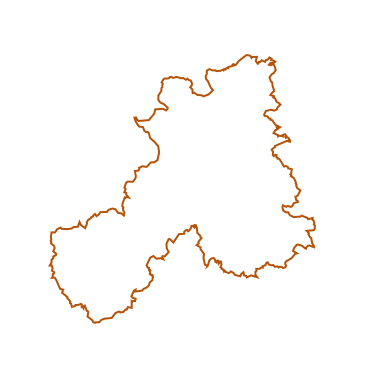 the district of Atenguillo, Jalisco, Mexico, rotated 11°
{"feature_id": "50627088B60937444103657", "entity_name": "Atenguillo", "entity_type": "district", "adm_level": 2, "iso_a3": "MEX", "parent_name": "Mexico", "parent_adm1": "Jalisco", "projection": "albers", "projection_center": [-104.544, 20.339], "detail": "fine", "context": "isolated", "style": "outline", "palette": "amber", "viewbox_px": 384, "rotation_deg": 11, "n_neighbors": 0, "source": "geoboundaries", "source_scale": "gbopen_adm2", "svg_char_len": 6008}
<svg xmlns="http://www.w3.org/2000/svg" viewBox="0 0 384 384"><g transform="rotate(11 192 192)"><path d="M315.4,194.5L311.2,196.6L310.2,195.4L304.1,194.3L303.2,195.4L296.5,197.3L292.4,196.0L290.2,193.5L288.4,194.0L285.2,192.9L283.7,189.9L283.9,187.7L287.2,188.6L288.6,187.4L291.6,187.8L292.9,187.1L294.2,183.4L297.8,181.7L297.4,180.5L295.8,179.9L294.4,176.9L296.4,175.4L298.1,169.7L294.6,168.1L293.1,166.1L293.2,164.7L292.2,164.0L292.2,162.9L289.3,158.8L286.1,157.6L286.4,156.6L285.2,156.0L285.8,154.8L285.6,150.6L281.9,150.4L281.2,149.1L279.2,148.5L277.5,149.5L272.1,143.5L270.5,142.5L269.6,142.9L269.2,142.0L268.2,141.8L267.9,139.5L266.7,139.6L265.4,141.2L264.2,140.2L264.0,137.3L262.1,135.1L264.9,131.9L264.6,131.0L275.6,123.6L278.5,124.1L278.5,122.5L277.3,122.3L276.9,120.8L276.3,120.5L275.1,120.2L273.7,120.9L273.0,120.0L273.9,119.1L272.4,117.5L270.4,118.7L270.5,120.1L269.3,119.5L268.7,120.2L267.0,120.0L266.0,121.0L265.5,119.8L260.8,118.6L262.2,115.1L264.0,114.2L263.1,112.7L264.8,112.7L266.1,111.5L261.2,110.3L257.0,106.2L255.4,106.2L255.0,104.9L253.4,105.1L251.6,103.4L248.9,103.4L248.0,102.4L249.1,98.3L253.9,96.2L257.3,96.4L259.3,94.9L259.9,92.6L262.0,89.5L261.3,89.4L261.1,88.4L257.8,87.3L255.6,84.1L253.8,83.7L254.3,82.3L250.5,81.9L251.6,79.4L253.5,77.1L250.9,72.7L249.8,69.1L248.3,68.4L246.2,64.5L247.8,61.3L249.7,59.5L250.9,56.1L248.5,51.9L246.9,51.3L245.0,52.6L243.2,52.4L244.2,50.6L248.4,49.2L248.9,48.2L247.0,47.4L244.6,47.6L244.7,45.9L242.4,45.2L240.9,47.8L239.4,48.5L238.9,50.3L235.3,49.4L234.2,51.3L232.8,51.6L232.6,53.2L232.0,53.6L229.6,51.2L229.9,47.0L225.4,47.9L224.8,49.0L223.7,47.5L222.3,47.0L219.2,47.3L212.9,54.4L210.9,58.7L209.7,59.6L208.5,58.5L207.5,59.2L207.8,60.6L203.9,62.2L203.9,63.6L202.1,63.8L201.6,65.4L200.2,65.1L199.9,66.1L199.6,65.7L196.5,67.7L192.8,68.7L191.9,68.1L189.0,68.7L185.6,68.1L183.4,70.0L184.0,73.3L183.3,75.8L184.5,78.8L186.0,79.6L190.6,86.0L193.2,88.0L189.7,93.0L185.1,95.9L183.1,95.2L179.0,95.7L175.2,94.1L173.8,94.8L172.8,91.2L170.3,89.5L171.5,87.0L171.2,85.3L169.5,82.8L167.8,82.9L166.0,81.6L164.6,83.0L161.5,81.8L159.8,82.4L154.8,82.0L151.7,83.6L149.7,82.9L148.2,83.5L147.8,84.6L146.4,85.3L143.3,85.9L142.0,87.8L141.3,90.3L142.4,90.9L142.8,94.7L142.2,95.9L142.6,98.7L140.6,103.6L141.3,107.8L143.8,110.2L148.0,111.3L152.0,114.0L152.3,114.9L151.0,116.9L147.5,115.9L140.1,117.9L140.0,122.4L135.9,129.7L126.2,132.4L124.5,131.7L122.9,129.5L121.3,130.0L123.3,133.6L126.5,137.0L127.9,137.9L131.4,137.6L133.7,141.2L135.7,142.0L137.0,141.5L138.2,142.2L140.7,147.1L145.8,150.0L150.2,153.6L152.2,159.6L152.0,167.3L149.3,170.1L146.1,170.7L142.7,176.0L138.4,176.2L135.5,178.3L136.0,179.1L135.2,181.3L131.9,182.2L133.7,186.8L134.0,188.7L133.4,190.7L131.9,193.3L127.1,194.0L125.6,195.4L124.8,200.5L126.3,201.8L125.6,205.2L127.6,205.4L128.0,207.2L130.8,209.5L128.7,209.3L127.7,210.7L127.0,210.3L126.0,217.0L126.4,219.4L127.6,220.2L127.5,222.4L129.6,225.3L129.6,228.1L126.5,226.4L123.4,226.7L120.2,223.6L117.1,223.4L113.6,225.3L112.3,227.8L106.0,229.2L104.7,232.0L102.9,233.9L101.0,232.1L99.7,233.5L99.4,235.1L98.1,235.6L97.5,237.2L95.5,239.1L94.4,241.7L95.0,243.1L93.9,247.9L89.0,245.4L87.3,242.9L86.6,247.9L82.7,248.9L80.6,250.9L76.9,252.2L71.1,253.0L69.7,252.0L66.7,254.3L65.3,257.8L61.8,258.5L62.0,263.2L63.0,265.8L62.6,266.9L63.5,268.2L63.4,269.3L67.1,271.5L67.9,273.3L67.1,276.7L70.5,278.6L70.4,280.1L68.0,281.8L68.5,283.6L67.0,285.4L67.6,288.0L66.4,291.3L68.4,290.9L69.8,293.7L69.5,295.9L72.1,297.1L72.0,298.4L71.0,299.3L71.4,301.8L70.9,302.9L73.4,302.2L75.5,304.2L80.9,312.2L84.2,312.5L83.7,315.7L89.7,318.9L89.6,319.7L93.4,322.7L93.5,324.4L94.6,324.6L96.0,327.7L99.1,326.2L99.3,325.1L102.1,324.5L104.3,323.0L105.3,323.6L105.7,326.1L106.7,325.7L107.5,326.6L107.3,325.1L108.4,324.0L111.4,328.7L112.7,329.0L113.1,329.8L113.2,334.2L118.8,337.0L119.8,338.7L122.2,338.8L122.5,338.2L125.8,337.6L127.3,334.9L130.4,333.0L137.2,331.0L139.9,325.5L142.6,323.6L143.8,323.3L144.6,323.9L147.6,322.8L149.1,320.1L150.4,319.9L151.0,317.2L154.9,317.2L153.8,311.5L154.1,311.8L154.8,310.2L157.0,309.9L157.1,307.6L153.7,307.2L152.4,305.9L153.8,299.9L155.3,298.6L155.5,300.5L161.9,298.3L163.1,296.2L165.6,294.5L167.5,292.0L167.8,288.8L169.9,286.1L169.8,282.1L168.2,281.5L168.5,281.0L166.3,280.6L166.3,278.6L165.0,277.2L165.8,276.6L164.4,275.8L164.2,274.6L162.8,274.6L161.4,272.6L163.6,264.3L166.4,262.2L169.7,264.3L173.8,263.0L176.6,263.5L175.2,261.8L175.3,260.6L177.4,260.5L180.6,255.4L177.9,252.0L176.8,247.6L178.2,242.2L178.1,243.5L178.3,242.6L179.5,242.6L183.4,245.1L187.2,235.9L192.3,234.5L192.0,232.4L193.5,230.5L194.7,230.2L195.7,231.3L196.3,230.9L198.0,227.2L198.0,225.4L200.0,224.9L200.8,223.9L202.2,223.9L202.4,224.6L201.3,224.7L200.3,225.8L201.3,226.5L201.4,225.5L203.4,225.8L205.2,231.3L208.4,233.3L209.3,235.3L210.1,235.5L208.0,239.2L207.8,240.2L208.4,241.2L206.7,243.3L211.0,244.7L211.2,246.4L215.6,250.5L215.8,254.5L218.6,260.9L221.2,261.4L221.1,262.1L221.5,261.6L222.1,255.8L223.3,253.9L225.8,252.6L227.5,253.9L228.2,256.0L229.5,256.5L229.4,255.1L230.4,254.3L231.1,254.6L231.9,257.0L232.9,254.8L233.6,254.7L234.8,257.7L234.3,260.4L235.5,260.9L235.7,261.8L237.2,262.0L238.6,264.0L239.1,262.9L240.5,264.1L243.6,264.6L245.5,262.5L248.8,263.9L250.0,265.2L255.5,265.5L256.1,262.8L257.8,260.9L259.1,263.9L261.1,264.0L262.1,265.4L265.8,262.6L272.2,263.2L270.1,261.3L269.5,258.2L270.4,257.1L269.8,255.2L273.0,254.5L274.3,253.0L276.0,252.7L275.5,251.4L278.1,249.8L278.4,247.6L279.5,247.0L279.3,245.9L281.2,248.5L284.0,248.8L285.8,248.2L287.5,249.6L289.8,248.7L291.5,249.6L292.1,248.7L294.5,248.4L296.0,249.3L298.0,248.0L298.5,246.3L297.5,245.4L297.0,243.7L297.7,242.0L302.3,238.0L305.1,233.0L306.7,232.2L302.5,230.7L302.9,227.5L304.9,223.8L306.8,223.3L310.6,223.9L314.0,225.9L314.7,225.9L314.7,224.6L316.2,222.6L317.5,222.1L322.2,222.9L321.8,221.5L319.8,219.5L317.7,214.2L316.4,213.8L314.3,211.2L314.6,210.1L312.0,208.3L318.7,206.3L319.4,205.1L319.2,201.8L317.8,200.6L318.1,199.4L316.6,196.6L315.6,196.3L315.4,194.5Z" fill="none" stroke="#b45309" stroke-width="2"/></g></svg>